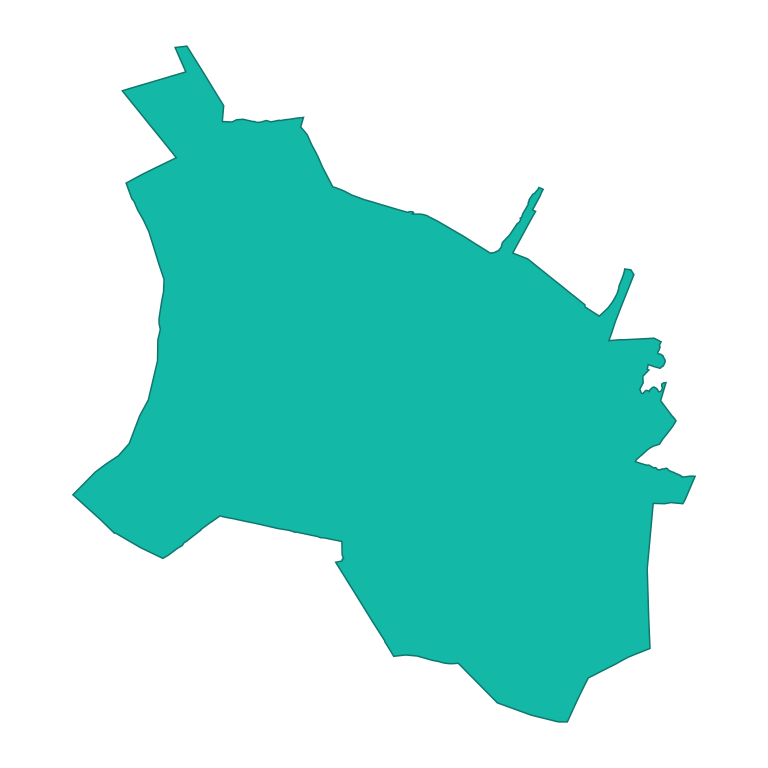 Juchitepec, México, Mexico (Mercator projection)
{"feature_id": "50627088B99333817375026", "entity_name": "Juchitepec", "entity_type": "district", "adm_level": 2, "iso_a3": "MEX", "parent_name": "Mexico", "parent_adm1": "México", "projection": "mercator", "projection_center": [-98.89, 19.099], "detail": "fine", "context": "isolated", "style": "filled", "palette": "teal", "viewbox_px": 768, "rotation_deg": 0, "n_neighbors": 0, "source": "geoboundaries", "source_scale": "gbopen_adm2", "svg_char_len": 5063}
<svg xmlns="http://www.w3.org/2000/svg" viewBox="0 0 768 768"><path d="M624.0,268.9L624.9,269.2L623.1,275.7L619.1,285.8L618.5,289.3L616.9,294.1L612.6,301.8L607.8,308.2L599.3,316.1L592.1,311.5L585.0,306.9L584.9,304.8L578.2,299.4L571.5,294.1L561.5,286.0L554.8,280.7L548.1,275.3L541.4,269.9L534.8,264.6L528.1,259.2L527.7,258.9L517.2,254.8L512.8,253.0L517.1,245.0L521.9,236.2L527.4,226.0L531.8,218.0L535.6,211.4L532.5,210.0L534.0,207.3L536.8,202.1L540.0,196.2L541.4,192.7L543.2,189.3L538.9,187.5L538.0,189.3L536.2,191.4L534.8,193.0L534.5,193.4L532.8,194.2L529.1,199.8L529.1,200.9L528.6,201.6L528.1,203.3L528.4,204.1L523.0,213.4L521.6,217.3L520.2,218.2L520.6,219.7L519.5,222.0L517.1,223.8L509.7,234.9L502.6,242.3L502.3,243.0L501.5,245.7L501.3,247.1L498.6,250.5L493.8,252.7L492.3,252.9L492.0,252.9L491.8,252.9L491.7,252.8L491.2,252.9L490.3,253.2L488.2,251.8L487.7,251.5L487.1,251.1L477.2,244.9L475.8,244.1L473.6,242.7L465.5,237.5L462.8,235.8L459.8,234.1L450.3,228.6L449.2,227.9L444.0,224.9L436.9,220.8L429.7,217.2L428.8,216.7L428.1,216.2L426.5,215.4L425.0,215.1L423.7,214.7L422.5,214.4L421.4,214.3L420.3,214.1L419.3,214.1L417.4,214.1L415.2,214.1L413.9,214.2L412.3,213.9L413.6,212.8L412.8,211.8L409.2,211.6L408.2,212.5L397.6,209.5L389.2,207.0L384.9,205.7L380.7,204.5L372.3,201.9L364.7,199.8L356.3,196.7L352.1,195.2L344.4,191.1L343.5,190.8L342.2,190.2L335.8,187.7L332.7,186.8L328.6,178.8L322.4,166.9L322.3,166.7L317.9,156.5L315.4,151.6L311.8,145.0L307.3,134.9L304.4,131.2L300.6,127.0L301.1,125.6L303.2,118.3L303.5,117.4L299.6,117.9L297.5,118.0L292.2,118.9L291.8,118.9L289.4,119.3L285.2,119.7L281.1,120.5L278.9,120.3L271.0,121.9L266.3,120.5L260.5,122.2L256.7,122.4L254.3,121.4L253.7,121.7L242.7,119.2L241.9,119.4L236.7,119.7L232.0,122.0L224.0,121.6L222.3,121.6L223.7,105.7L217.9,96.3L210.6,84.4L205.0,75.2L198.2,64.3L193.0,56.0L186.9,46.1L180.6,46.9L175.1,47.5L185.8,71.9L129.7,88.5L122.3,90.8L131.2,101.9L133.9,105.2L142.1,115.3L148.9,123.8L155.8,132.3L160.7,138.3L176.3,157.7L155.7,167.7L142.5,174.2L126.1,183.1L129.5,192.3L131.8,198.7L134.0,201.4L137.6,209.8L143.4,220.0L148.9,231.8L151.7,240.8L155.5,253.0L158.9,264.1L164.1,279.6L163.5,292.0L161.7,301.2L159.0,318.9L159.1,323.7L160.3,329.4L159.1,334.8L157.9,339.5L157.5,360.9L148.3,400.0L139.7,415.8L129.2,443.6L118.4,455.8L105.3,464.5L95.4,472.0L72.9,494.8L100.0,519.2L114.4,533.2L115.4,533.0L141.0,547.9L162.9,558.4L168.0,555.4L173.6,551.3L177.5,548.3L182.3,545.5L183.9,542.9L186.8,541.1L191.8,537.1L201.2,529.8L201.3,529.2L210.4,522.5L211.1,522.1L212.0,521.6L213.0,520.8L219.9,516.0L220.8,516.0L221.6,516.2L222.4,516.6L223.6,516.8L224.3,516.9L225.2,517.2L225.9,517.3L227.6,517.7L231.1,518.3L234.9,519.0L238.2,519.8L239.3,520.0L240.6,520.3L243.3,520.9L245.7,521.4L247.2,521.7L254.7,523.2L262.7,525.0L278.2,528.6L289.2,530.3L290.5,530.8L292.4,531.3L294.6,532.2L294.9,532.2L297.1,532.1L299.2,532.7L318.0,536.6L320.4,537.7L323.9,537.8L333.1,539.7L339.2,540.9L341.7,541.5L341.9,541.5L342.1,554.8L343.6,558.6L342.7,559.0L342.2,559.2L342.2,560.9L335.7,562.3L358.6,599.1L373.0,622.4L384.6,640.6L384.9,641.9L389.0,648.4L393.7,656.3L405.5,655.0L417.1,656.0L430.2,659.7L432.1,660.3L438.5,661.5L442.3,662.6L445.2,663.2L448.8,663.6L452.0,663.7L458.3,663.3L497.4,702.9L531.0,715.1L540.2,717.4L544.7,718.5L553.9,720.8L558.4,721.9L567.3,721.9L568.5,719.4L573.9,707.5L579.4,695.7L583.8,686.8L588.2,678.0L596.3,673.9L600.3,671.8L608.4,667.7L616.4,663.7L620.2,661.5L627.9,657.3L636.7,653.7L641.1,652.0L650.0,648.4L648.7,617.7L647.4,574.6L647.2,569.0L648.7,552.6L650.2,536.2L651.7,519.8L653.2,503.4L664.7,503.7L671.6,502.5L672.1,502.7L682.9,503.7L685.1,499.7L688.2,492.5L691.3,485.2L695.1,476.3L692.9,476.2L692.0,476.1L690.8,476.1L689.0,476.3L687.6,476.5L686.1,476.7L683.0,477.1L682.6,477.1L682.1,477.2L682.0,476.4L681.1,476.0L680.0,475.2L678.6,474.7L676.9,473.9L675.5,473.4L674.1,472.5L672.2,471.9L670.8,471.3L669.3,470.6L667.9,469.8L667.6,468.7L666.1,468.2L664.4,468.8L662.5,468.9L661.3,469.2L659.9,469.9L658.7,469.7L657.4,469.6L656.3,468.1L655.6,467.6L654.7,467.8L653.8,467.8L652.0,467.0L649.0,465.1L647.3,465.2L644.9,464.7L635.3,461.7L636.4,459.7L639.9,456.5L642.0,454.8L647.8,449.5L651.1,447.3L651.3,447.3L653.2,446.2L659.5,444.2L662.5,439.4L667.6,433.1L672.8,426.2L676.0,420.9L674.6,418.7L671.8,415.6L660.6,400.7L666.0,382.6L663.6,382.9L662.0,383.8L661.7,384.7L661.7,386.1L662.1,387.2L662.4,388.0L662.1,389.1L661.8,389.9L661.2,390.8L660.5,391.4L659.7,391.6L658.7,391.7L656.8,388.6L654.0,387.0L652.4,387.5L649.7,390.1L649.2,391.6L648.2,390.9L647.0,390.4L645.8,390.5L644.8,391.3L643.0,393.6L641.5,393.2L639.8,389.3L643.2,382.8L642.8,376.3L648.9,370.0L647.3,369.4L648.1,364.7L651.2,365.6L654.0,366.6L660.2,368.3L661.6,366.9L663.4,365.9L665.2,361.8L665.0,359.7L664.3,358.8L663.4,356.9L663.0,355.8L662.0,355.2L660.6,354.1L658.8,354.0L657.8,353.2L657.7,352.1L659.0,350.3L660.1,346.9L659.6,345.9L659.6,344.7L661.1,341.8L654.1,338.2L635.2,339.2L622.5,339.8L620.1,339.7L608.9,340.7L611.9,332.3L615.3,321.8L621.7,305.3L627.7,290.3L630.8,282.5L633.9,274.6L630.8,269.8L624.0,268.9Z" fill="#14b8a6" stroke="#0f766e" stroke-width="1.5"/></svg>